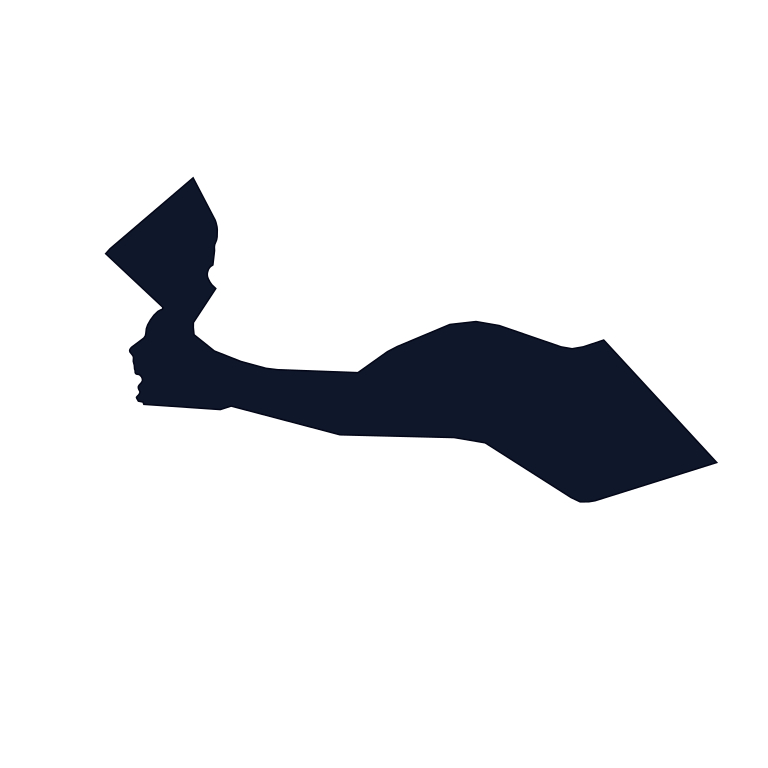 Al Jizah, orthographic projection, rotated 226°
{"feature_id": "EGY-1544", "entity_name": "Al Jizah", "entity_type": "Governorate", "adm_level": 1, "iso_a3": "EGY", "parent_name": "Egypt", "parent_adm1": "", "projection": "orthographic", "projection_center": [30.712, 29.007], "detail": "fine", "context": "isolated", "style": "filled", "palette": "ink", "viewbox_px": 768, "rotation_deg": 226, "n_neighbors": 0, "source": "natural_earth", "source_scale": "10m", "svg_char_len": 1418}
<svg xmlns="http://www.w3.org/2000/svg" viewBox="0 0 768 768"><g transform="rotate(226 384 384)"><path d="M401.7,419.7L381.1,472.7L365.0,493.6L346.0,507.5L287.7,537.2L278.7,543.8L272.3,553.2L263.0,572.6L96.4,568.8L153.4,454.7L157.0,449.5L163.0,443.2L172.3,439.7L271.4,415.9L296.7,397.3L378.1,317.0L474.3,258.7L479.3,248.5L536.2,197.1L538.4,198.1L542.3,195.4L545.5,196.2L546.4,196.7L546.6,198.0L546.6,199.6L546.8,201.0L547.7,203.0L548.0,203.1L549.2,203.5L550.6,203.9L552.0,204.6L552.2,205.0L552.9,205.6L553.3,207.1L553.5,210.2L554.0,212.3L555.6,213.8L557.7,214.6L560.2,214.6L561.2,214.2L562.9,212.9L564.0,212.6L565.0,212.9L566.6,214.3L568.1,215.0L571.1,217.5L572.6,218.3L574.5,219.4L577.1,222.2L578.7,223.0L583.5,223.5L584.7,224.2L585.4,225.3L585.7,226.7L585.8,228.0L583.9,243.1L584.4,245.7L585.8,247.8L588.9,251.5L590.7,255.1L592.3,260.5L593.3,266.4L593.3,271.8L592.5,274.7L591.7,276.4L592.7,278.2L671.1,274.3L671.6,280.9L664.9,389.9L619.1,376.4L616.8,375.3L613.1,373.1L610.7,371.2L605.7,366.1L604.3,364.2L603.7,363.2L602.0,359.3L601.1,358.0L600.2,357.0L597.6,354.7L588.5,343.6L588.8,342.0L589.0,340.8L588.9,339.3L588.6,337.9L588.0,336.5L586.8,334.4L585.9,333.3L584.9,332.4L583.8,331.6L581.9,330.7L578.2,329.6L575.1,329.1L569.5,329.3L560.6,289.6L557.1,286.1L551.4,281.6L525.6,284.9L499.7,296.7L477.3,310.0L468.3,317.3L410.3,373.1L404.9,408.9L401.7,419.7Z" fill="#0f172a" stroke="#020617" stroke-width="1.5"/></g></svg>